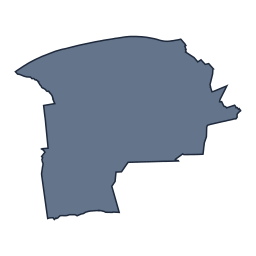 the district of Heusden, Noord-Brabant, Netherlands
{"feature_id": "6326949B43873207843171", "entity_name": "Heusden", "entity_type": "district", "adm_level": 2, "iso_a3": "NLD", "parent_name": "Netherlands", "parent_adm1": "Noord-Brabant", "projection": "natural_earth1", "projection_center": [5.16, 51.689], "detail": "fine", "context": "isolated", "style": "filled", "palette": "slate", "viewbox_px": 256, "rotation_deg": 0, "n_neighbors": 0, "source": "geoboundaries", "source_scale": "gbopen_adm2", "svg_char_len": 5125}
<svg xmlns="http://www.w3.org/2000/svg" viewBox="0 0 256 256"><path d="M153.2,38.5L147.8,37.5L145.8,37.2L143.9,37.0L142.0,36.8L140.1,36.7L138.2,36.6L136.2,36.5L134.3,36.5L132.4,36.5L130.5,36.5L128.6,36.6L126.6,36.8L124.7,37.0L122.8,37.3L120.9,37.6L117.0,38.2L115.1,38.4L113.2,38.8L111.3,39.1L107.5,39.7L105.5,40.0L103.6,40.3L101.7,40.7L95.4,41.8L90.2,42.9L86.4,43.7L84.4,44.1L80.6,44.9L76.8,45.8L64.5,48.9L63.3,49.1L61.5,49.5L55.3,51.3L48.8,53.8L46.8,54.6L46.1,54.9L45.5,55.1L42.4,56.3L41.5,56.7L40.2,57.3L38.5,58.1L36.9,58.8L34.8,59.8L32.1,61.2L29.1,62.8L26.9,64.1L26.4,64.5L24.0,65.9L20.7,68.1L17.8,70.0L15.4,71.7L16.6,73.0L17.6,74.1L18.4,74.2L19.9,74.5L24.0,76.2L26.8,76.9L30.5,77.1L31.5,78.2L31.7,78.5L31.8,78.6L32.1,78.7L33.2,78.5L33.6,78.5L33.9,78.7L34.4,79.1L34.9,79.7L35.2,79.9L35.8,79.9L36.0,79.8L36.3,79.8L36.6,80.2L37.0,80.5L37.5,80.8L37.9,81.2L38.4,81.5L38.1,81.7L38.5,82.4L38.8,82.9L39.1,83.1L39.3,83.6L39.5,83.9L39.8,84.6L40.3,85.1L40.7,85.6L41.1,86.0L41.7,87.3L41.8,87.4L42.0,87.6L42.4,87.9L42.6,87.9L42.9,88.1L43.2,88.1L44.8,89.1L45.0,89.2L45.2,89.4L45.6,89.7L46.2,90.6L46.4,90.8L46.7,91.1L47.0,91.2L47.7,91.4L47.8,91.4L48.1,91.4L48.3,91.4L48.6,91.2L48.7,91.3L48.9,91.6L49.3,92.0L49.5,92.2L49.4,92.4L49.4,92.5L49.6,92.8L49.8,92.9L50.1,93.1L50.4,93.4L51.1,94.3L51.5,94.9L51.7,95.1L52.2,96.0L52.3,96.2L52.3,96.4L52.7,97.6L52.8,97.8L52.9,98.0L53.0,98.2L53.0,98.5L52.8,98.7L52.8,98.9L52.8,99.1L53.0,99.4L53.3,99.7L53.4,99.8L53.4,100.4L53.4,100.6L53.6,100.9L53.7,101.2L53.8,101.5L54.2,102.3L54.4,102.7L54.4,102.9L54.5,102.9L54.6,103.2L54.8,103.6L43.6,105.5L44.2,110.3L44.5,113.3L44.8,115.7L45.1,117.8L45.5,121.2L45.6,122.7L45.8,124.8L48.1,148.2L42.0,148.7L41.8,148.9L41.6,149.0L42.2,149.4L43.4,150.1L45.0,152.2L41.6,156.5L41.9,156.9L42.6,157.3L42.3,158.7L41.9,159.4L42.2,161.0L42.6,162.4L43.1,163.5L42.9,165.1L42.9,165.6L42.5,166.9L42.0,170.6L41.7,172.7L41.6,172.9L41.6,174.7L41.7,175.4L46.4,209.4L47.7,218.5L49.6,217.9L53.0,217.7L54.3,219.5L54.5,219.3L54.8,219.0L55.9,218.1L56.2,218.5L57.8,217.9L58.1,217.7L58.3,217.4L59.2,216.5L59.4,216.3L59.6,216.1L59.9,215.9L60.4,215.7L60.6,215.7L61.0,215.7L61.5,215.6L61.8,215.6L62.6,215.6L62.9,215.6L63.2,215.6L63.6,215.6L63.8,215.7L64.0,215.7L66.5,215.6L66.8,215.6L68.0,215.2L68.9,214.9L69.7,214.7L70.0,214.7L70.6,214.7L72.9,214.7L74.6,214.7L75.0,214.7L75.4,214.8L75.6,214.9L76.7,215.6L76.8,215.6L77.0,215.7L77.4,215.7L78.3,215.2L79.3,214.8L80.6,214.3L80.9,214.1L81.3,214.0L81.7,213.9L82.9,213.7L83.1,213.6L83.3,213.6L83.8,213.3L84.1,213.2L84.7,212.8L84.8,212.7L85.0,212.6L85.2,212.4L85.5,212.3L85.7,212.2L86.2,212.0L86.8,211.9L87.3,211.7L88.4,211.4L89.2,211.2L89.5,211.2L89.9,211.1L90.9,211.0L91.9,210.9L92.4,210.9L93.1,210.8L94.1,210.8L94.6,210.7L95.2,210.7L95.9,210.6L96.0,210.6L96.4,210.6L97.8,210.6L98.2,210.7L98.4,210.7L98.8,210.7L99.1,210.7L99.0,210.4L100.0,210.5L100.8,210.7L101.1,210.7L103.9,211.4L104.1,211.4L105.5,212.2L107.3,212.3L112.4,212.4L112.5,212.2L112.9,212.1L114.3,212.1L119.2,212.4L114.4,195.4L111.8,186.3L115.1,181.4L116.0,172.1L121.5,171.8L126.8,164.1L128.1,162.3L135.1,162.1L136.9,162.0L137.0,162.1L138.7,162.0L146.3,161.8L146.8,161.8L150.4,161.7L163.8,161.3L165.7,161.3L166.4,161.3L177.3,161.0L178.5,161.0L178.3,160.6L177.9,160.5L176.5,160.4L176.3,160.2L175.2,159.8L175.2,159.7L175.4,159.3L175.6,159.1L180.7,155.4L182.5,154.0L182.7,153.9L182.9,154.1L183.2,154.3L183.4,154.4L183.7,154.5L184.1,154.6L184.3,154.6L194.3,154.5L198.8,154.4L201.2,154.3L203.0,154.2L203.5,150.2L203.8,147.0L203.9,146.6L204.3,143.3L204.3,143.2L204.3,142.9L206.3,137.1L206.4,136.8L206.5,134.1L206.7,127.3L206.7,127.1L206.9,126.6L207.0,126.2L207.3,125.7L207.5,125.5L207.8,125.2L208.0,125.1L210.3,124.4L211.2,124.2L212.5,123.9L220.7,122.0L222.9,121.5L225.9,120.9L227.0,120.6L227.8,120.4L229.3,120.1L233.0,119.3L233.2,119.2L233.3,119.1L233.6,119.0L234.1,118.9L234.3,118.9L234.6,118.9L235.0,118.9L235.4,118.9L236.2,118.5L236.3,118.5L236.3,118.4L236.2,118.3L237.1,117.3L237.1,114.6L237.1,114.4L237.2,114.2L237.4,113.8L238.4,112.7L239.1,112.0L239.4,111.7L239.8,111.4L240.6,110.8L240.6,110.7L240.6,110.4L239.7,109.4L239.2,108.7L239.0,108.9L238.6,109.3L238.5,109.2L238.4,109.2L237.3,107.7L237.2,107.7L236.9,107.5L236.7,107.6L236.1,107.8L235.4,106.2L234.7,105.3L234.6,105.2L227.7,107.5L227.3,107.6L226.7,107.9L225.9,107.0L225.6,106.8L225.3,106.7L225.0,106.5L224.2,106.3L223.9,106.2L221.6,101.6L220.2,101.9L219.9,101.8L219.6,101.8L219.8,100.5L220.0,99.8L220.2,99.2L220.3,98.9L224.7,90.2L225.2,89.2L226.8,85.9L226.4,86.1L225.9,86.3L222.4,87.7L213.6,91.4L211.9,91.7L210.8,88.1L210.6,87.5L210.5,87.4L210.4,87.3L210.6,87.1L210.0,84.6L210.9,81.0L212.6,74.0L212.9,69.5L213.0,69.0L213.4,68.9L210.9,66.1L208.7,63.6L205.2,64.4L203.7,62.7L202.5,61.5L201.0,59.8L198.4,61.5L197.8,61.9L194.1,57.6L185.5,52.0L185.7,51.6L186.0,51.4L185.5,49.5L186.0,49.4L184.8,46.2L185.9,45.6L184.9,43.9L180.8,39.2L177.8,39.9L175.8,40.2L173.7,40.6L172.1,40.8L170.5,41.0L169.9,41.1L169.3,41.2L168.5,41.2L167.7,41.3L167.1,41.3L166.2,41.3L165.1,41.2L164.5,41.2L163.4,41.0L162.6,40.9L160.7,40.5L159.9,40.3L159.5,40.2L157.0,39.4L156.3,39.2L155.5,39.0L153.2,38.5Z" fill="#64748b" stroke="#1e293b" stroke-width="1.5"/></svg>